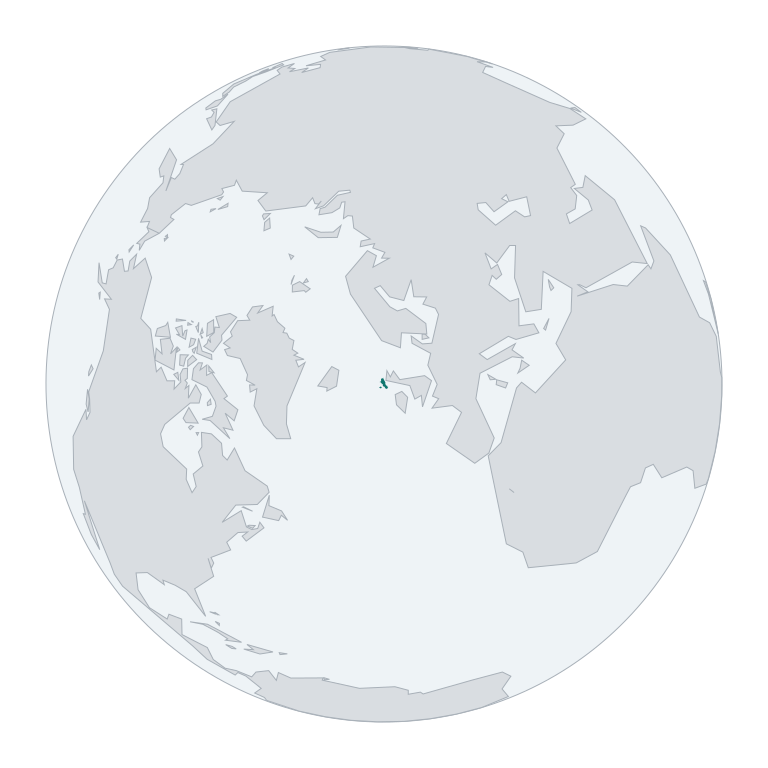 globe centered on Eilean Siar, rotated 307°
{"feature_id": "GBR-2772", "entity_name": "Eilean Siar", "entity_type": "Island Area", "adm_level": 1, "iso_a3": "GBR", "parent_name": "United Kingdom", "parent_adm1": "", "projection": "orthographic", "projection_center": [-7.062, 57.727], "detail": "fine", "context": "on_globe", "style": "filled", "palette": "teal", "viewbox_px": 768, "rotation_deg": 307, "n_neighbors": 0, "source": "natural_earth", "source_scale": "10m", "svg_char_len": 13190}
<svg xmlns="http://www.w3.org/2000/svg" viewBox="0 0 768 768"><g transform="rotate(307 384 384)"><circle cx="384" cy="384" r="338" fill="#eef3f6" stroke="#a8b0b8"/><path d="M71.6,512.9L60.7,480.7L61.7,477.2L59.4,466.7L67.0,469.1L67.6,449.4L65.6,440.9L62.0,440.3L57.7,408.5L59.7,388.7L65.2,296.9L69.8,283.1L76.2,273.1L110.4,215.0L80.6,256.7L87.7,240.8L99.5,221.9L100.3,223.9L118.2,202.8L129.1,187.5L155.1,167.2L184.4,161.2L176.4,168.0L184.4,166.3L194.9,157.9L199.9,152.9L241.5,139.9L278.4,119.8L283.8,109.6L287.6,115.3L293.4,94.2L309.4,83.4L295.2,98.1L296.7,101.8L309.5,95.3L313.8,97.8L322.4,96.3L326.4,99.9L317.8,108.9L320.3,111.6L329.2,107.0L338.8,108.3L325.3,114.5L340.8,117.5L329.2,134.3L290.0,150.3L287.3,164.7L256.8,194.9L263.3,195.9L255.9,208.8L260.6,214.9L253.6,219.4L263.4,220.5L268.9,215.4L275.1,214.3L278.4,217.6L270.0,223.6L267.2,222.8L266.4,226.3L260.8,228.0L265.4,229.1L254.9,236.3L270.1,234.2L265.7,244.3L257.5,247.8L252.2,240.7L219.8,233.2L209.8,235.5L201.0,245.4L197.3,277.6L188.8,283.4L181.7,296.1L189.1,295.7L197.3,285.8L209.5,288.7L218.1,276.7L224.2,276.4L235.5,267.3L240.3,276.2L238.9,289.9L229.8,298.1L228.9,304.5L242.9,303.1L231.1,325.2L232.2,352.2L228.4,357.4L211.5,355.3L198.1,338.5L176.1,338.0L196.9,346.2L187.1,360.1L188.2,366.0L192.6,370.1L198.9,368.0L196.9,374.7L175.6,368.5L177.1,362.3L183.8,364.2L177.4,356.7L163.0,353.6L159.2,361.4L141.4,350.2L138.5,355.8L133.0,356.9L138.9,348.4L127.9,363.7L106.5,356.0L91.1,381.4L99.1,351.1L97.6,338.3L94.3,325.5L91.5,329.3L91.0,308.5L83.9,299.7L71.7,311.4L64.2,331.3L65.8,352.3L70.7,350.8L74.5,363.9L62.3,373.5L67.2,401.5L61.2,413.5L61.4,428.1L66.2,438.5L70.5,454.6L76.9,455.1L85.7,464.4L82.5,476.4L90.0,473.3L93.1,486.6L112.6,512.2L110.3,512.9L126.2,547.6L148.8,574.9L154.0,587.7L150.8,590.1L159.8,598.5L160.0,601.8L200.6,632.6L225.2,651.9L227.0,661.2L211.5,661.8L209.3,671.4L184.6,656.8L184.8,657.0L164.0,640.5L144.6,622.5L126.6,603.0L110.3,582.1L95.6,560.1L82.7,536.9L71.6,512.9ZM85.9,387.6L92.0,425.7L84.0,411.6L86.4,412.6L85.8,401.2L83.1,384.0L77.4,372.2L85.9,387.6ZM98.7,387.5L97.2,381.8L99.3,386.4L98.7,387.5ZM201.4,150.4L194.6,157.6L183.6,164.5L188.7,158.2L201.4,150.4ZM223.1,138.8L221.1,142.5L212.5,143.2L216.3,140.8L223.1,138.8ZM286.6,102.1L280.3,106.1L285.0,101.5L286.6,102.1ZM322.9,95.4L323.4,93.7L327.7,93.7L322.9,95.4ZM232.1,263.2L233.7,265.2L230.8,265.8L232.1,263.2ZM235.5,257.5L230.9,256.7L231.8,253.9L234.6,254.4L235.5,257.5ZM337.7,99.5L344.5,100.4L336.1,101.0L337.7,99.5ZM240.9,259.1L234.0,249.1L235.7,244.2L247.8,242.3L240.9,259.1ZM347.5,101.9L364.1,104.6L366.4,100.6L369.1,113.8L354.1,106.9L343.4,108.1L348.8,104.9L347.5,101.9ZM269.2,212.3L263.5,217.9L265.2,210.3L269.2,212.3ZM268.8,207.8L265.3,186.8L275.4,180.6L274.5,188.6L285.1,178.5L291.8,185.6L287.5,192.9L279.6,195.4L288.2,196.3L268.8,207.8ZM367.9,121.0L370.6,123.2L366.1,122.6L367.9,121.0ZM277.7,213.3L276.1,209.4L284.7,203.6L289.5,210.3L285.2,210.0L277.7,213.3ZM284.7,172.5L291.9,169.6L299.3,174.5L303.1,174.2L292.8,185.3L284.7,172.5ZM284.9,213.0L291.7,213.9L290.7,219.7L279.8,216.7L284.9,213.0ZM284.9,199.4L289.2,197.1L288.4,200.5L284.9,199.4ZM290.7,241.6L288.6,236.7L292.9,233.2L290.7,241.6ZM294.3,213.9L294.7,211.9L296.1,210.1L300.3,211.9L294.3,213.9ZM298.8,188.2L300.3,191.0L303.3,183.8L309.0,187.5L301.1,194.4L306.9,193.0L308.6,194.2L300.2,198.6L298.8,188.2ZM308.9,208.4L300.8,219.0L303.8,228.5L300.0,231.8L295.9,215.9L308.9,208.4ZM304.5,202.2L306.4,206.7L300.8,208.3L296.1,206.2L304.5,202.2ZM315.7,187.7L309.1,180.2L311.0,179.0L315.7,187.7ZM310.9,210.8L312.8,208.3L311.8,211.3L310.9,210.8ZM315.5,194.4L312.8,191.8L315.1,190.5L315.5,194.4ZM318.8,205.4L316.2,208.7L312.9,207.3L318.8,205.4ZM318.2,200.1L321.9,198.9L313.3,204.8L316.6,199.1L318.2,200.1ZM318.1,193.5L318.6,191.9L318.8,194.8L318.1,193.5ZM332.8,209.2L322.7,217.0L315.4,213.7L326.2,206.5L332.8,209.2ZM695.9,254.0L698.1,260.2L703.0,272.4L704.8,277.9L702.6,271.8L697.4,264.3L702.5,280.6L698.7,274.0L692.2,275.3L697.6,299.2L708.7,347.1L715.9,366.7L717.2,385.6L704.5,379.2L693.6,365.9L692.3,377.3L676.5,380.1L658.6,416.6L653.2,414.9L650.5,424.5L638.9,431.3L629.6,427.3L623.9,435.7L648.2,445.5L653.9,436.4L654.7,418.3L660.7,424.5L671.5,419.3L669.9,457.3L638.6,521.7L630.8,508.8L582.4,487.4L581.1,480.6L580.7,480.0L579.9,479.1L580.3,491.3L570.4,485.4L601.4,507.2L608.6,519.4L638.2,523.2L636.6,527.9L644.7,525.5L664.8,493.8L666.0,499.0L659.4,535.0L627.3,595.6L628.9,607.2L622.0,620.7L596.1,645.3L592.4,649.9L578.2,660.5L577.8,660.8L554.2,675.9L529.4,689.0L503.7,700.0L498.0,701.6L487.8,695.0L500.8,683.0L499.9,675.8L476.3,662.3L481.9,647.4L474.3,643.3L459.6,648.3L450.3,642.7L440.9,644.2L378.6,655.2L356.8,645.2L324.1,609.8L333.3,596.1L330.0,577.9L389.4,510.4L407.6,512.8L460.6,492.2L468.2,492.8L468.0,510.3L512.6,514.6L519.9,496.9L554.4,489.9L573.5,476.5L569.7,443.3L538.3,464.7L527.0,453.8L547.3,424.4L573.8,405.7L570.2,401.0L548.5,401.2L549.5,385.7L540.4,400.3L547.8,402.7L542.3,412.1L535.2,410.6L535.8,405.0L526.4,408.1L525.8,434.8L533.3,440.1L511.7,456.8L522.2,467.5L518.1,476.9L499.0,462.6L496.9,454.6L465.5,441.9L465.6,451.7L495.3,464.6L488.3,465.7L488.8,480.0L482.9,470.0L450.4,454.2L427.6,466.2L407.2,504.5L392.0,509.3L375.3,504.2L374.0,469.6L408.0,463.0L408.0,451.6L393.6,436.9L405.2,436.5L403.5,430.0L415.7,426.7L425.4,407.7L436.6,402.8L433.4,381.9L438.7,376.8L439.1,390.5L445.4,397.7L472.4,385.7L475.5,379.4L471.2,367.0L479.2,365.7L471.6,355.3L483.7,342.9L462.6,349.6L457.0,336.1L460.3,321.8L454.7,318.8L449.2,342.2L450.4,350.7L457.5,355.9L457.5,381.0L449.7,388.1L435.4,367.1L422.8,375.3L417.2,356.0L435.6,303.1L446.9,288.5L480.5,290.5L481.9,300.7L470.6,304.9L487.6,312.5L483.1,306.3L489.7,305.5L486.0,293.1L490.5,292.0L479.3,282.4L484.4,279.7L491.5,285.8L490.4,266.0L499.1,257.7L496.7,253.8L491.6,252.1L506.1,243.2L503.7,240.8L498.0,242.7L489.5,239.3L480.0,230.2L485.6,227.5L489.7,230.5L506.7,233.2L516.9,241.9L518.2,240.0L510.7,231.8L489.9,228.5L482.7,223.7L492.4,223.8L488.3,223.4L486.5,220.3L489.8,214.9L479.1,214.3L451.0,185.5L454.7,172.9L466.5,175.7L452.7,154.7L457.9,143.4L452.7,145.0L442.5,136.9L440.8,140.3L437.5,140.5L410.7,122.6L408.7,116.9L391.2,112.3L388.5,113.3L389.0,117.2L369.1,113.8L366.4,100.6L372.7,98.9L366.8,92.2L381.9,89.6L391.7,84.7L411.7,86.4L417.7,82.9L414.6,80.8L420.5,74.9L443.1,71.1L438.2,83.4L406.9,93.6L420.9,89.9L421.7,93.7L429.1,94.3L438.6,91.8L437.2,89.7L472.9,102.9L503.6,106.3L491.8,97.5L492.3,92.3L516.9,91.3L569.0,114.4L570.2,109.9L575.6,111.7L586.1,119.6L578.7,117.2L582.3,122.9L576.5,120.6L590.9,133.4L583.2,130.8L598.2,142.6L601.1,141.0L591.2,130.2L607.6,142.3L607.5,136.3L616.2,141.1L645.4,170.8L662.2,193.9L665.0,197.6L667.2,202.6L676.9,218.2L678.4,218.2L695.9,254.0ZM375.7,547.1L375.6,553.2L375.7,547.1ZM606.7,399.7L619.4,385.3L605.2,374.0L608.9,367.7L602.8,366.4L604.1,373.3L587.8,368.2L590.2,356.1L584.3,349.7L579.8,354.4L578.0,377.6L601.4,384.7L602.1,395.7L606.7,399.7ZM113.3,512.8L115.3,518.2L111.8,514.2L113.3,512.8ZM80.6,414.4L83.0,420.5L83.5,425.4L81.2,421.6L80.6,414.4ZM106.4,462.0L110.3,469.2L105.3,463.8L106.4,462.0ZM93.5,431.3L103.2,456.6L93.7,447.4L87.9,431.5L93.2,439.5L93.5,431.3ZM92.8,392.1L93.8,396.6L92.0,397.8L92.8,392.1ZM100.2,390.9L99.4,389.7L99.9,386.0L100.2,390.9ZM188.4,360.4L190.0,361.2L193.4,366.3L189.7,365.9L188.4,360.4ZM221.0,378.6L217.1,389.0L217.4,381.0L211.5,382.1L204.6,367.1L226.2,359.3L217.6,365.3L221.0,378.6ZM201.4,345.7L203.3,355.6L200.4,345.1L201.4,345.7ZM382.3,399.3L388.8,402.7L387.6,410.9L373.4,418.5L374.9,406.5L382.3,399.3ZM398.3,405.6L388.0,383.4L396.4,378.3L393.5,384.8L400.1,383.6L397.0,394.0L415.1,411.4L415.3,419.9L388.9,428.5L397.4,420.7L390.5,417.7L398.3,405.6ZM346.9,340.7L342.6,332.3L366.5,331.8L367.8,339.7L353.7,347.4L343.9,342.6L346.9,340.7ZM263.7,258.2L260.5,256.0L262.8,254.1L267.4,254.5L263.7,258.2ZM289.4,239.6L280.1,266.2L276.0,265.0L275.5,282.8L264.4,286.5L265.1,274.7L256.2,291.2L252.4,282.1L247.6,293.8L250.2,267.1L246.4,260.0L254.9,266.4L265.2,263.2L268.5,259.6L275.0,244.4L271.9,228.0L281.6,222.6L289.3,223.1L291.6,226.3L284.5,228.7L292.6,231.1L284.1,237.1L289.4,239.6ZM373.8,240.1L364.7,240.4L379.4,248.7L371.0,253.7L373.3,254.4L369.6,261.4L368.9,271.3L364.3,272.4L366.1,275.8L363.6,280.7L364.5,285.9L356.4,289.9L356.8,296.6L352.8,294.7L355.6,305.3L349.9,299.3L346.2,305.4L353.7,308.0L308.1,319.7L293.4,330.1L284.2,342.4L275.6,331.1L278.7,312.8L288.3,293.4L303.7,285.3L297.0,282.0L302.4,277.2L305.5,281.8L304.0,272.0L309.3,269.4L317.8,253.8L312.5,241.8L315.5,236.0L320.2,239.4L319.9,231.3L330.9,234.0L333.3,230.0L346.5,229.0L354.2,238.4L356.3,233.3L366.4,232.6L373.8,240.1ZM336.6,209.2L347.7,218.6L348.6,226.2L325.2,224.9L321.5,228.2L306.6,228.2L305.6,217.4L310.0,218.3L314.0,216.7L312.7,220.7L316.7,216.4L322.9,217.6L327.7,214.7L330.0,218.5L336.6,209.2ZM473.3,484.3L478.5,483.2L485.9,479.6L486.3,488.7L473.3,484.3ZM451.0,474.0L455.2,471.5L459.4,482.1L454.0,483.5L451.0,474.0ZM454.0,461.3L455.1,470.5L451.3,466.3L454.0,461.3ZM442.6,387.6L446.7,384.5L448.5,387.0L447.9,392.1L442.6,387.6ZM415.6,267.8L410.2,266.3L410.6,264.1L402.3,255.4L407.8,251.4L415.0,255.0L415.6,267.8ZM566.4,452.2L563.0,461.7L559.2,461.1L561.1,457.9L566.4,452.2ZM524.4,478.1L535.7,476.3L524.3,480.6L524.4,478.1ZM420.2,261.9L416.2,258.8L421.5,258.7L420.2,261.9ZM411.4,248.0L417.0,247.0L407.5,249.9L411.4,248.0ZM625.3,620.6L638.0,605.1L651.1,589.0L658.8,576.9L659.1,579.4L648.7,594.0L625.3,620.6ZM716.6,366.9L719.7,370.1L719.7,378.1L716.6,366.9ZM668.2,201.6L672.7,209.2L671.3,207.3L664.6,196.7L668.2,201.6ZM622.9,145.9L628.7,151.1L631.6,154.1L630.8,153.7L622.9,145.9ZM461.8,226.1L467.2,242.3L474.8,252.0L484.8,254.2L473.0,258.5L461.3,243.4L461.8,226.1ZM451.8,190.6L443.0,189.3L445.1,185.7L447.4,185.5L451.8,190.6ZM447.7,192.8L440.1,199.3L434.1,195.9L441.3,191.4L447.7,192.8ZM430.6,230.0L431.8,235.0L427.5,234.8L430.6,230.0ZM566.5,102.1L564.0,101.7L557.3,97.1L560.9,98.7L566.5,102.1ZM533.2,83.5L554.7,95.9L571.5,107.0L569.4,104.6L578.7,109.8L578.5,111.8L562.2,101.9L550.5,94.1L542.8,91.3L530.6,85.2L524.0,84.7L516.7,82.1L519.1,80.3L533.2,83.5ZM521.6,85.0L505.8,83.6L495.9,76.9L497.2,75.6L508.6,78.9L513.2,82.3L521.6,85.0ZM499.1,81.5L503.2,84.9L488.8,93.4L483.3,93.6L489.1,82.7L493.4,85.5L498.7,84.8L499.1,81.5ZM373.0,121.2L370.8,123.0L370.4,120.5L373.0,121.2ZM436.8,142.6L432.2,142.5L431.8,139.3L436.8,142.6ZM419.4,140.7L423.0,144.3L416.9,141.6L419.4,140.7ZM431.6,152.4L423.4,146.3L434.5,150.7L431.6,152.4Z" fill="#d9dde1" stroke="#a8b0b8" stroke-width="1"/><path d="M384.3,383.9L384.3,384.0L384.1,383.8L384.1,383.7L383.9,383.5L383.8,383.4L383.9,383.5L384.2,383.3L384.2,383.2L384.3,383.2L384.5,383.2L384.3,383.1L384.5,382.9L384.7,383.0L384.6,382.9L384.5,382.7L384.4,382.7L384.2,382.7L383.8,382.4L384.0,382.3L384.0,382.2L384.4,382.1L384.1,382.2L384.1,381.9L384.0,382.0L383.9,381.8L383.9,381.7L383.9,381.4L384.1,381.3L384.1,381.2L384.1,380.9L384.3,381.0L384.5,381.1L384.4,381.1L384.5,381.4L384.5,381.5L384.6,381.8L384.6,381.7L384.5,381.4L384.7,381.2L384.8,381.2L385.0,381.3L385.0,381.2L384.9,381.0L384.8,380.9L384.8,380.7L385.0,380.5L385.1,380.4L385.3,380.3L385.6,380.2L386.2,379.6L386.4,379.4L386.5,379.4L386.6,379.5L386.8,379.8L386.7,379.9L386.7,380.0L386.7,380.3L386.8,380.3L386.6,380.5L386.4,380.7L386.4,380.8L386.2,381.0L386.3,381.1L386.5,381.1L386.7,380.9L386.8,380.8L386.8,381.0L386.7,381.2L386.6,381.3L386.4,381.2L386.1,381.1L386.1,381.4L386.1,381.5L385.9,381.6L385.8,381.8L385.7,381.8L385.4,381.9L385.5,381.9L385.9,381.8L386.0,381.8L386.0,381.7L386.1,381.8L386.1,382.0L386.1,382.3L385.6,382.3L385.9,382.5L385.7,382.8L385.6,382.7L385.6,382.8L385.4,382.8L385.4,382.7L385.4,382.8L385.2,382.7L385.1,382.4L385.1,382.2L385.4,382.1L385.5,382.1L385.2,382.0L384.9,382.4L385.0,382.4L385.0,382.6L385.2,382.8L385.3,383.1L385.0,383.0L384.9,383.0L385.0,383.3L384.9,383.4L384.9,383.5L384.7,383.4L384.7,383.5L384.5,383.8L384.3,383.9ZM383.8,384.4L384.0,384.5L383.9,384.7L383.7,384.5L383.7,384.8L383.8,384.8L383.7,385.0L383.4,385.0L383.4,384.9L383.2,385.0L383.4,385.1L383.6,385.0L383.8,385.1L383.7,385.3L383.4,385.3L383.2,385.3L383.2,385.2L382.9,384.9L382.7,384.9L382.5,384.7L382.7,384.4L382.8,384.4L383.0,384.4L382.9,384.5L383.0,384.4L383.2,384.2L383.2,384.3L383.3,384.5L383.4,384.4L383.5,384.2L383.7,384.3L383.7,384.5L383.7,384.4L383.8,384.4ZM383.4,386.4L383.5,386.5L383.4,386.9L383.1,386.9L383.3,387.0L383.4,387.3L383.2,387.4L383.3,387.4L383.4,387.5L383.5,387.6L383.4,387.7L383.2,387.6L382.9,387.5L382.9,387.2L382.8,386.9L382.7,386.9L382.8,386.8L382.9,386.7L383.0,386.4L382.9,386.3L382.8,386.0L383.0,385.9L383.4,386.1L383.2,386.1L383.3,386.1L383.5,386.2L383.5,386.3L383.4,386.3L383.3,386.2L383.1,386.2L382.9,386.0L383.0,386.1L383.2,386.3L383.3,386.3L383.4,386.4ZM383.4,385.4L383.4,385.5L383.6,385.6L383.4,385.6L383.5,385.7L383.5,385.8L383.3,385.9L383.2,385.9L382.9,385.7L383.0,385.5L383.0,385.4L383.3,385.4L383.4,385.4ZM382.9,388.2L383.0,388.4L382.9,388.4L382.8,388.5L382.7,388.6L382.4,388.6L382.4,388.4L382.5,388.4L382.5,388.2L382.8,387.9L382.9,388.0L382.9,388.2ZM384.6,381.1L384.5,380.9L384.7,381.0L384.8,381.0L384.6,381.2L384.6,381.1ZM384.1,383.0L383.9,383.1L384.0,383.0L383.9,383.0L384.1,382.9L384.2,383.0L384.1,383.0ZM383.5,384.1L383.7,383.9L383.7,384.0L383.5,384.1ZM379.1,383.3L379.3,383.4L379.3,383.5L379.2,383.5L379.1,383.4L379.1,383.3Z" fill="#14b8a6" stroke="#0f766e" stroke-width="1.5"/></g></svg>